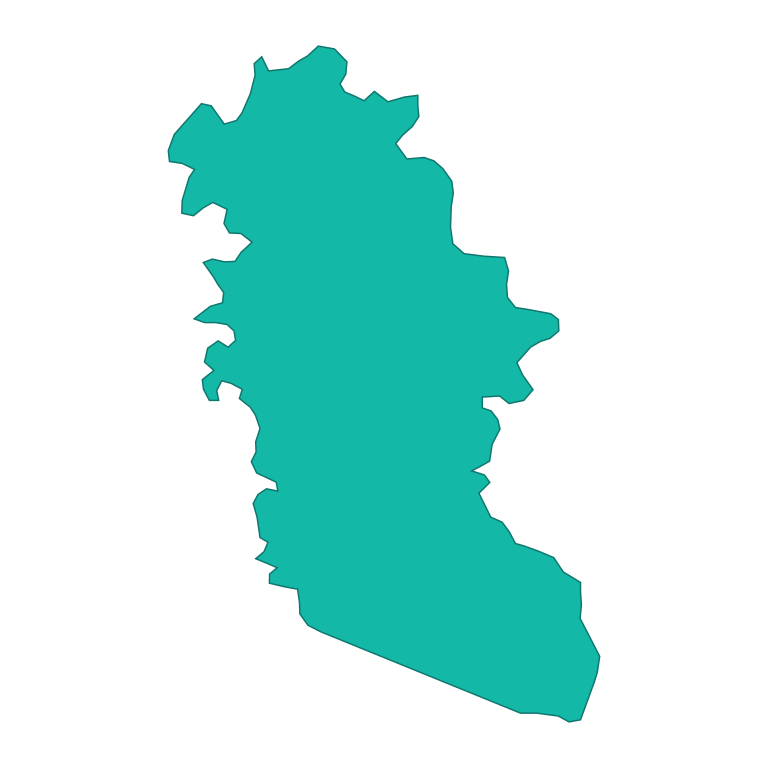 outline of São João da Ponta, Pará, Brazil
{"feature_id": "56859067B2692108499529", "entity_name": "São João da Ponta", "entity_type": "district", "adm_level": 2, "iso_a3": "BRA", "parent_name": "Brazil", "parent_adm1": "Pará", "projection": "albers", "projection_center": [-47.972, -0.868], "detail": "fine", "context": "isolated", "style": "filled", "palette": "teal", "viewbox_px": 768, "rotation_deg": 0, "n_neighbors": 0, "source": "geoboundaries", "source_scale": "gbopen_adm2", "svg_char_len": 2093}
<svg xmlns="http://www.w3.org/2000/svg" viewBox="0 0 768 768"><path d="M417.8,95.4L404.6,97.0L387.9,101.8L374.4,91.4L364.0,100.8L355.2,96.4L344.8,92.0L340.0,84.1L345.8,74.1L346.9,61.8L334.5,49.0L318.3,46.1L307.4,56.1L298.9,60.9L288.6,68.7L268.6,70.9L261.7,56.8L254.2,63.7L255.1,75.3L250.3,93.9L241.9,113.1L236.3,120.6L224.2,124.1L211.2,105.8L201.4,103.7L174.3,134.4L168.3,150.6L169.5,161.5L182.2,163.4L194.5,169.4L189.1,177.6L182.2,200.5L181.8,213.2L193.5,215.7L203.3,207.8L212.7,202.4L227.1,209.3L224.0,223.5L229.4,232.9L240.9,233.5L252.1,242.2L241.3,252.1L235.0,261.4L224.6,261.9L212.3,259.1L203.3,262.5L213.3,276.7L218.1,284.8L223.7,292.5L222.5,302.8L210.4,306.3L194.1,318.8L204.8,322.6L215.8,322.6L227.1,324.5L234.0,330.9L235.6,340.3L228.1,347.2L218.1,340.9L207.7,348.2L204.5,362.0L213.9,370.4L202.3,379.7L203.5,389.3L209.4,400.4L218.7,400.4L216.7,390.6L221.7,380.8L231.0,383.3L242.3,389.3L239.4,398.5L250.4,407.3L255.5,415.2L260.0,428.4L255.7,441.9L256.1,451.9L251.3,461.7L256.7,473.0L276.3,482.2L277.8,491.1L266.5,488.8L258.0,494.5L253.2,503.5L257.1,517.2L260.0,537.5L268.0,542.3L264.0,551.7L255.7,558.7L265.5,562.7L277.2,567.7L269.6,574.0L269.4,583.2L284.2,586.7L297.6,589.2L299.5,602.5L299.9,614.0L308.0,625.3L321.2,632.0L520.4,713.1L536.1,713.1L558.2,716.0L569.1,721.9L580.5,719.8L594.3,682.0L597.2,672.6L599.7,656.4L580.1,618.4L581.4,605.1L580.5,591.7L580.5,582.5L563.2,571.9L553.8,557.7L539.0,551.4L524.2,546.0L515.4,543.5L509.4,532.0L502.1,522.2L490.8,517.2L478.9,493.2L489.8,482.4L484.3,474.9L471.6,470.9L480.8,466.1L489.6,461.1L492.1,444.4L500.0,429.0L497.7,419.6L491.2,411.0L482.3,407.9L482.3,397.1L499.6,396.0L509.0,403.5L523.8,400.4L533.0,389.7L522.3,374.5L516.9,362.6L530.5,347.2L540.2,341.5L549.9,338.4L558.8,330.9L558.4,319.6L550.9,313.8L529.8,309.8L515.4,307.5L507.5,297.5L506.5,284.6L508.5,271.0L504.6,257.5L483.9,256.2L464.1,253.7L452.8,243.7L450.5,227.0L451.2,206.8L453.3,193.0L451.8,181.3L443.0,168.8L434.0,160.9L424.2,157.5L406.9,159.0L395.7,143.6L402.5,135.2L412.4,126.4L418.8,116.6L417.8,105.6L417.8,95.4Z" fill="#14b8a6" stroke="#0f766e" stroke-width="1.5"/></svg>